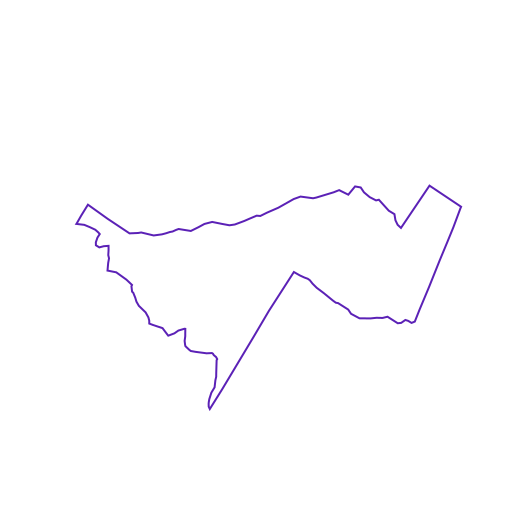 the district of Ingall, Agadez, Niger, rotated 123°
{"feature_id": "23599985B91742674817727", "entity_name": "Ingall", "entity_type": "district", "adm_level": 2, "iso_a3": "NER", "parent_name": "Niger", "parent_adm1": "Agadez", "projection": "albers", "projection_center": [6.528, 17.43], "detail": "fine", "context": "isolated", "style": "outline", "palette": "violet", "viewbox_px": 512, "rotation_deg": 123, "n_neighbors": 0, "source": "geoboundaries", "source_scale": "gbopen_adm2", "svg_char_len": 1946}
<svg xmlns="http://www.w3.org/2000/svg" viewBox="0 0 512 512"><g transform="rotate(123 256 256)"><path d="M263.1,319.9L270.5,324.3L275.5,335.6L277.6,337.2L280.9,339.3L282.8,341.3L285.9,343.8L289.1,346.7L294.5,353.0L298.8,365.1L300.9,367.4L305.9,374.4L305.6,400.6L304.5,424.9L317.5,424.6L326.0,424.1L326.9,424.1L323.4,417.0L322.3,411.0L321.5,405.1L322.1,401.1L322.7,399.0L326.9,399.0L331.7,397.8L334.2,396.1L334.1,392.1L330.7,389.0L327.8,385.2L331.0,383.1L332.5,382.2L335.7,380.4L338.0,378.0L342.3,376.2L349.1,372.6L345.8,364.3L346.4,351.9L347.8,344.2L349.2,344.0L353.4,340.5L353.7,338.9L356.7,334.6L359.4,331.4L361.6,327.1L362.7,321.5L363.4,317.9L366.1,312.8L368.4,310.3L370.8,308.7L369.9,304.6L367.4,295.1L368.0,293.5L370.1,287.7L370.6,286.2L365.3,282.3L360.8,280.5L355.9,276.3L355.6,275.6L359.1,273.4L361.9,271.6L366.1,269.6L369.2,267.0L370.1,266.0L371.0,261.0L371.2,259.0L369.4,254.7L364.5,244.4L361.4,240.1L361.4,238.9L362.1,237.5L362.5,234.4L363.6,232.4L364.8,232.3L370.4,228.9L375.5,225.8L379.0,223.6L382.3,222.4L388.7,219.2L394.9,219.0L401.5,217.2L404.3,216.0L405.8,215.2L408.1,213.6L409.5,211.4L386.0,211.8L366.4,212.5L324.8,214.0L294.9,215.3L248.8,215.5L248.4,208.6L247.7,203.7L246.9,200.2L247.0,197.7L248.4,193.5L249.6,187.8L250.2,179.1L251.5,167.1L251.7,163.6L250.8,161.5L250.7,149.5L252.7,144.8L251.9,135.3L246.0,126.0L242.2,121.3L239.0,116.1L235.3,112.6L235.2,100.5L233.0,97.8L228.3,95.9L227.5,93.0L227.4,89.1L224.5,87.1L212.0,89.6L187.7,94.0L159.9,99.5L139.8,103.2L124.5,106.1L104.3,110.6L103.0,110.8L102.5,148.8L153.5,149.7L152.7,154.2L150.1,158.5L145.5,162.7L145.7,169.3L141.9,183.6L144.0,185.6L144.7,192.7L143.8,200.1L141.5,205.5L143.7,210.8L154.3,212.0L155.5,222.2L160.2,225.5L174.2,237.3L176.5,239.6L181.9,251.0L187.7,255.4L203.4,263.6L213.7,270.4L220.1,274.2L221.8,277.4L228.3,281.8L233.0,284.9L241.1,290.9L244.7,295.0L247.4,301.5L251.3,311.3L257.2,316.7L263.1,319.9Z" fill="none" stroke="#5b21b6" stroke-width="2"/></g></svg>